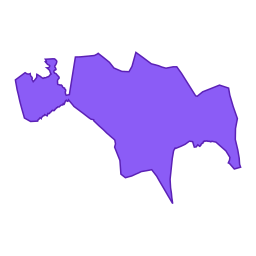 the district of San Pedro y San Pablo Teposcolula, Oaxaca, Mexico
{"feature_id": "50627088B89995688353205", "entity_name": "San Pedro y San Pablo Teposcolula", "entity_type": "district", "adm_level": 2, "iso_a3": "MEX", "parent_name": "Mexico", "parent_adm1": "Oaxaca", "projection": "equal_earth", "projection_center": [-97.55, 17.493], "detail": "fine", "context": "isolated", "style": "filled", "palette": "violet", "viewbox_px": 256, "rotation_deg": 0, "n_neighbors": 0, "source": "geoboundaries", "source_scale": "gbopen_adm2", "svg_char_len": 4457}
<svg xmlns="http://www.w3.org/2000/svg" viewBox="0 0 256 256"><path d="M228.6,88.1L219.5,85.1L212.3,88.0L202.7,91.8L199.1,94.7L197.2,96.3L195.6,95.8L187.6,83.1L181.5,73.4L176.8,66.8L173.2,66.8L167.4,67.9L166.0,68.2L161.7,67.0L158.5,65.7L157.7,65.5L155.6,64.9L151.3,63.8L143.2,57.7L135.9,52.4L132.0,66.4L129.0,71.7L124.6,71.5L121.9,71.4L117.6,69.6L113.9,68.0L113.2,67.1L109.4,62.3L103.6,57.6L99.1,54.1L98.2,53.3L97.0,54.2L94.4,55.5L88.5,56.1L79.9,56.9L75.4,57.0L70.0,90.5L69.4,94.6L66.2,95.3L65.9,94.8L65.7,94.3L65.6,93.9L65.5,93.4L65.4,93.1L65.3,92.7L65.3,92.1L65.3,91.7L65.5,91.6L65.6,91.0L65.7,90.5L65.7,90.1L65.5,89.6L65.1,89.3L64.9,89.1L64.7,88.9L64.6,88.3L64.5,88.0L64.0,88.0L63.0,87.4L62.6,86.9L62.3,86.6L62.3,86.1L62.1,85.8L61.8,85.4L61.3,85.0L60.9,84.9L60.4,85.1L59.5,85.0L59.1,84.7L58.7,84.6L57.8,84.4L57.7,84.0L57.5,83.0L57.6,82.6L57.6,82.3L57.5,82.0L57.5,81.4L57.5,80.6L57.6,80.3L57.8,79.8L58.0,79.5L58.4,78.9L58.8,78.6L59.1,78.2L59.1,77.5L59.0,77.2L58.8,76.7L58.5,76.5L57.8,75.7L57.7,75.5L57.0,74.9L56.1,73.7L55.4,73.4L54.8,73.2L54.6,72.9L54.4,72.9L53.9,72.0L53.8,71.3L54.1,70.8L54.4,70.4L54.8,70.0L55.1,69.9L55.5,70.0L56.0,69.5L56.0,69.2L55.5,67.9L55.0,67.3L54.9,67.1L54.8,66.6L54.8,66.1L55.0,65.5L55.5,65.1L55.7,64.7L56.3,63.6L56.5,62.9L56.6,62.4L56.8,61.9L56.8,61.5L56.6,60.9L56.5,60.6L54.9,59.1L54.7,58.9L52.9,58.8L46.4,59.2L45.3,59.2L45.6,59.8L45.9,60.3L46.2,60.8L46.4,61.5L45.3,61.7L45.7,62.3L46.4,63.0L47.1,63.8L47.4,64.3L47.9,64.6L49.2,65.2L49.7,65.6L49.6,66.6L48.9,67.4L48.4,67.7L47.5,67.8L46.8,67.8L47.4,68.3L48.2,69.0L48.9,69.7L49.5,70.2L49.8,70.9L50.1,71.9L50.4,72.8L50.8,73.5L51.1,74.0L50.6,74.2L50.1,74.9L49.6,75.5L49.0,76.2L48.2,76.8L47.3,76.9L46.6,77.3L45.8,77.7L44.6,77.8L44.1,77.6L43.7,78.3L42.9,78.4L42.0,77.7L40.5,76.6L39.9,76.1L39.0,75.7L38.1,75.0L37.3,74.5L36.8,74.3L36.7,77.4L35.6,78.9L34.5,80.3L33.2,81.7L32.4,80.2L31.8,79.2L32.3,78.3L32.0,77.3L31.3,76.6L30.8,76.1L30.2,74.3L30.2,73.6L29.5,73.9L28.4,74.1L27.3,73.9L26.6,73.7L26.1,73.3L25.6,73.0L25.1,72.7L19.7,76.7L15.4,79.9L15.6,81.3L16.2,84.5L17.1,89.6L18.5,95.3L19.6,100.3L20.2,102.8L21.5,107.7L23.0,113.0L23.7,115.4L24.4,118.0L30.6,121.5L37.7,121.1L37.9,120.4L37.9,120.2L38.1,119.8L38.6,119.4L39.1,119.1L39.2,118.8L39.5,118.4L39.9,117.9L40.1,117.7L41.2,118.6L41.3,118.1L41.7,117.4L42.3,116.7L42.8,116.3L43.3,115.7L43.5,115.7L43.8,115.7L44.0,115.7L44.4,115.2L44.7,114.6L45.5,115.0L46.4,115.5L47.2,115.8L47.4,115.1L47.7,114.2L47.8,113.4L48.2,113.4L48.8,113.7L49.6,113.4L49.7,112.9L50.5,112.1L51.1,111.8L51.6,111.4L51.8,110.7L52.4,110.3L53.0,110.4L53.5,110.6L53.9,110.7L54.5,110.4L54.5,109.8L54.8,109.4L55.1,109.4L55.4,109.2L55.8,108.7L56.4,108.1L56.5,107.7L57.0,107.6L57.4,107.5L57.6,107.0L57.9,106.8L58.6,106.9L59.0,107.0L59.8,106.3L60.7,105.5L61.2,105.1L61.8,105.0L62.7,105.0L63.2,103.8L63.6,104.4L64.1,104.4L64.5,103.5L65.2,101.7L65.5,100.9L66.3,100.2L67.2,101.3L67.9,101.3L68.5,99.8L73.0,105.2L73.9,106.4L78.6,109.9L81.1,111.8L82.6,112.9L85.7,115.3L88.8,117.7L91.0,119.2L93.7,119.7L93.8,120.8L97.0,123.9L99.1,125.9L103.4,129.7L106.8,133.1L111.9,137.5L113.4,138.7L114.8,140.1L115.5,143.9L114.6,147.1L114.8,147.6L119.9,160.4L120.2,164.3L120.9,174.1L122.2,175.2L123.1,175.9L125.4,177.7L129.0,176.7L131.0,176.2L131.9,175.9L136.0,174.0L138.6,172.9L141.2,171.6L147.0,170.6L149.7,170.1L151.7,169.7L152.4,170.6L156.7,176.2L159.3,180.8L165.4,191.2L167.9,195.5L172.7,203.6L171.8,197.5L171.4,193.1L170.6,187.9L170.1,179.3L172.3,158.4L173.6,150.8L175.0,148.1L175.5,148.1L175.7,148.4L180.9,146.3L185.1,144.3L189.4,141.2L192.6,141.6L194.3,147.1L196.2,146.9L197.8,144.8L199.7,146.4L199.8,146.4L200.1,146.0L200.4,145.7L200.5,145.4L200.8,145.3L200.9,145.2L200.9,144.9L200.9,144.7L201.1,144.4L201.2,144.1L201.4,144.0L201.8,143.8L202.0,143.5L202.0,143.3L202.3,143.2L202.8,143.2L202.9,142.9L203.0,142.7L203.3,142.1L203.5,142.0L203.7,141.6L203.6,141.4L203.9,141.3L204.1,141.2L204.4,141.3L204.6,141.0L204.8,140.9L205.6,141.2L205.9,141.0L206.1,141.0L206.2,140.9L206.4,141.0L206.7,141.1L207.0,141.0L207.1,140.9L207.5,141.2L207.8,141.3L208.1,141.2L208.3,141.3L208.5,141.3L208.8,141.3L209.0,141.2L209.3,141.4L209.5,141.4L209.8,141.3L210.0,141.4L210.0,141.5L210.5,141.8L210.9,141.8L211.2,141.7L211.3,141.5L211.9,141.3L212.0,141.3L215.9,142.1L225.9,150.9L229.9,157.4L229.5,160.2L228.3,162.9L229.5,163.5L234.3,169.0L240.6,167.2L239.6,164.3L239.2,158.2L237.8,150.0L235.3,139.5L235.5,128.5L237.4,118.6L233.2,106.6L229.8,95.1L228.6,88.1Z" fill="#8b5cf6" stroke="#5b21b6" stroke-width="1.5"/></svg>